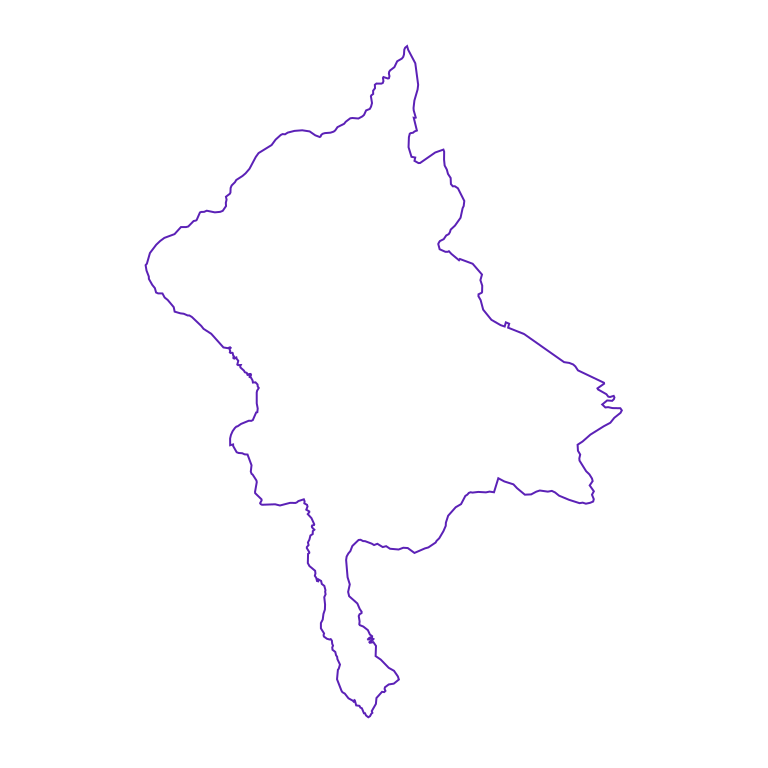 Moreni, Dâmbovita, Romania, rotated 238°
{"feature_id": "2599482B38559209444692", "entity_name": "Moreni", "entity_type": "district", "adm_level": 2, "iso_a3": "ROU", "parent_name": "Romania", "parent_adm1": "Dâmbovita", "projection": "robinson", "projection_center": [25.624, 44.986], "detail": "fine", "context": "isolated", "style": "outline", "palette": "violet", "viewbox_px": 768, "rotation_deg": 238, "n_neighbors": 0, "source": "geoboundaries", "source_scale": "gbopen_adm2", "svg_char_len": 6166}
<svg xmlns="http://www.w3.org/2000/svg" viewBox="0 0 768 768"><g transform="rotate(238 384 384)"><path d="M658.3,582.6L658.0,580.2L656.8,578.4L652.9,575.6L651.2,573.6L650.5,571.6L650.7,566.2L647.2,560.7L646.7,555.3L646.0,553.8L644.6,552.6L642.2,551.8L640.7,550.2L641.0,549.2L644.6,546.2L644.1,545.3L641.1,544.0L639.9,542.4L640.2,540.8L642.8,536.8L642.6,534.8L639.6,533.1L638.5,530.2L635.7,528.5L635.5,526.2L635.0,525.4L628.6,522.7L626.1,520.0L624.8,517.7L625.5,513.8L622.8,509.7L622.4,507.5L622.7,503.0L626.3,498.2L627.2,496.2L626.7,490.6L625.8,488.1L626.5,480.7L624.9,477.0L624.7,475.0L625.5,471.8L628.1,466.8L628.7,464.6L628.5,462.8L627.5,461.4L627.5,460.4L631.3,457.5L637.6,454.8L642.5,449.1L646.1,442.2L648.2,435.6L648.2,432.4L649.7,430.4L649.9,428.4L648.7,421.6L646.2,415.3L646.3,400.0L644.5,395.6L637.8,384.0L636.0,378.2L635.4,374.2L635.3,366.8L634.1,364.5L633.1,360.0L631.5,357.8L627.7,355.2L627.0,354.0L626.6,349.2L623.8,348.2L621.5,345.9L618.6,344.3L616.3,339.0L616.8,336.3L619.2,331.5L624.9,325.5L625.3,322.7L626.8,320.1L627.0,318.8L622.4,312.1L622.3,311.1L623.1,308.9L621.3,301.5L622.0,299.2L624.7,295.0L622.1,285.8L624.3,275.2L623.9,270.0L622.8,264.6L619.1,254.9L611.7,246.7L611.1,244.8L606.0,242.7L599.8,241.5L597.7,240.3L590.9,240.0L586.7,240.5L582.4,239.2L580.6,240.4L578.2,244.1L573.6,243.8L569.9,245.1L560.6,246.4L556.3,244.8L551.8,248.8L549.7,251.4L546.2,253.8L545.2,255.3L542.6,256.6L530.1,259.8L526.4,260.2L518.1,264.1L500.1,267.2L497.2,270.5L496.7,272.9L495.9,273.1L495.4,271.4L493.6,271.1L492.5,270.0L491.6,270.3L491.1,271.7L490.4,272.1L488.4,271.3L486.2,271.4L486.4,270.4L485.6,270.0L484.8,270.6L484.7,272.8L483.7,272.4L480.9,272.7L478.2,269.9L477.3,270.3L476.0,272.6L475.3,271.5L474.1,271.0L469.6,272.3L467.7,272.2L466.2,273.5L464.0,273.1L463.6,273.9L464.0,274.8L463.2,276.2L462.2,276.1L461.8,275.6L462.3,274.4L461.1,273.7L460.1,274.6L456.6,274.4L454.7,273.6L453.5,275.9L450.6,276.5L448.8,275.6L447.0,275.7L445.6,272.9L444.3,271.6L435.0,265.8L430.1,263.9L427.2,261.6L427.6,260.5L422.9,253.6L423.1,251.9L424.5,249.9L425.9,241.6L425.7,237.4L426.1,236.3L425.7,234.2L424.2,230.6L421.9,227.2L419.3,224.6L413.6,221.1L412.7,224.0L411.2,223.2L404.2,222.9L402.5,224.2L400.4,227.1L398.2,228.5L396.5,230.9L385.3,228.6L380.3,224.6L378.0,224.1L376.8,224.6L369.8,224.7L368.2,224.1L360.9,217.5L359.7,216.9L351.1,219.0L350.1,218.5L348.6,215.8L347.4,215.8L346.2,216.6L339.7,227.9L336.1,231.4L333.0,241.3L330.0,246.0L329.8,247.7L330.1,249.3L328.7,254.9L326.6,254.5L325.0,253.2L322.3,254.7L320.6,254.2L318.6,251.5L315.5,253.1L314.9,252.7L314.1,250.4L308.7,251.4L302.0,250.5L301.5,249.9L302.1,248.1L301.6,247.4L300.4,247.0L297.3,247.7L297.0,245.7L294.5,244.0L294.5,241.3L291.6,238.3L289.9,235.5L287.4,234.7L286.6,232.2L285.8,231.6L280.9,231.5L280.3,231.0L280.2,229.6L272.5,224.5L269.1,224.3L262.1,226.6L259.7,225.5L258.0,223.7L255.6,223.8L252.4,222.8L251.6,223.6L253.1,224.8L250.3,226.3L247.4,225.3L244.4,226.4L240.2,225.1L239.0,224.0L236.6,223.0L234.9,220.4L228.1,217.1L224.0,214.3L221.1,210.8L216.7,207.2L214.7,203.8L210.2,201.0L204.2,201.0L203.1,199.7L201.7,199.2L198.2,200.6L196.2,202.4L195.9,203.6L194.0,203.8L191.1,202.4L189.1,202.1L188.0,200.5L185.9,199.5L182.6,200.7L179.4,199.6L177.5,199.7L175.4,198.7L169.4,198.0L166.5,194.7L166.1,193.5L158.5,187.7L146.4,185.4L144.7,185.4L142.2,186.7L136.3,187.3L132.0,189.7L130.4,190.0L130.1,190.6L130.4,191.1L131.2,191.0L131.5,191.4L131.1,191.6L126.2,190.1L124.1,192.6L122.1,192.5L120.7,193.4L115.4,192.5L114.9,193.4L112.4,193.1L109.7,194.1L109.7,196.1L111.1,198.6L111.3,199.9L113.1,200.3L117.0,207.6L121.7,211.2L124.0,219.2L122.6,220.9L123.0,222.6L125.1,222.9L126.3,224.1L126.7,228.8L124.7,233.5L125.5,240.0L128.6,240.8L135.5,240.5L140.8,237.6L152.0,235.2L157.7,232.7L166.1,238.4L170.7,238.2L172.0,234.9L172.8,234.8L173.2,235.7L172.9,238.9L173.3,239.9L174.8,239.0L175.9,234.4L176.5,237.2L175.9,239.9L176.4,240.3L179.0,239.3L183.8,239.9L189.3,237.9L192.3,235.7L193.3,235.7L195.6,237.5L200.6,239.6L201.7,241.3L201.6,243.5L202.6,244.3L206.1,244.2L212.0,245.1L222.5,242.0L226.7,243.4L232.2,248.8L239.4,250.7L254.8,258.6L257.5,260.9L259.2,264.0L260.1,266.9L263.4,271.3L265.2,279.8L264.3,281.6L261.9,283.0L260.7,284.7L255.1,289.0L252.7,290.2L252.0,293.7L246.4,296.5L245.3,299.9L241.1,301.8L235.9,308.7L234.9,313.6L232.3,317.2L224.6,320.3L222.9,331.6L221.9,335.0L222.2,343.8L223.1,345.4L223.9,349.1L227.7,356.4L231.0,361.2L233.6,363.0L238.3,368.6L241.5,379.5L241.3,385.7L246.0,393.7L246.0,396.0L246.7,398.2L246.3,400.1L245.0,401.5L242.5,406.8L238.1,413.0L236.8,416.5L233.9,419.9L243.5,431.0L237.6,434.4L230.3,440.6L225.2,441.6L215.5,444.8L212.4,450.3L212.0,456.1L211.1,459.7L205.9,465.9L204.4,469.7L201.4,471.6L196.5,473.3L187.8,479.5L179.3,486.7L178.1,489.6L175.5,491.8L174.0,495.9L173.5,499.1L175.2,500.9L179.9,501.7L181.8,505.1L189.0,504.7L191.1,509.5L193.6,510.3L198.5,510.3L202.9,509.2L215.4,509.2L217.4,510.2L220.2,513.0L224.6,513.1L229.9,516.0L230.0,521.9L231.7,532.2L231.7,548.0L231.2,555.4L233.3,561.4L234.2,569.3L235.6,571.7L238.2,571.6L242.5,565.0L245.6,561.8L246.8,559.3L251.0,558.2L251.8,564.5L248.8,568.6L249.3,570.9L250.5,572.3L252.2,572.5L253.2,568.8L254.4,567.5L257.5,567.2L266.0,562.6L267.2,562.7L267.6,570.8L268.5,571.2L292.8,555.7L297.5,555.6L300.3,554.8L303.7,552.3L307.1,548.3L352.1,529.3L366.0,519.1L368.8,522.1L371.7,520.0L368.8,516.8L372.1,514.1L381.5,509.1L394.5,507.5L403.9,510.4L408.4,510.6L410.0,511.7L409.6,515.1L410.0,515.9L415.3,519.4L421.0,520.8L424.9,525.1L439.0,522.9L449.8,514.6L449.2,513.2L458.6,510.1L462.2,509.4L462.3,508.2L463.6,506.1L468.8,502.6L474.0,504.2L474.9,505.6L475.6,507.1L475.2,511.4L477.0,515.5L476.8,518.3L477.8,520.3L479.6,522.4L480.7,528.1L484.4,537.0L491.4,543.8L492.7,545.9L496.7,549.1L510.8,550.4L514.1,548.9L515.2,547.1L518.1,546.7L523.4,549.7L528.3,549.6L532.5,550.9L537.1,551.2L542.4,553.8L549.1,558.1L551.3,558.6L553.2,550.1L552.3,531.7L553.1,530.3L557.1,528.1L559.5,530.5L562.1,527.7L571.8,530.3L580.1,535.9L582.6,538.5L582.6,539.6L581.7,541.8L582.0,543.7L581.5,546.2L594.0,550.3L593.4,550.9L593.1,552.1L600.3,554.2L602.4,555.3L608.3,560.0L615.9,568.5L619.6,571.5L639.4,580.5L654.6,581.6L658.3,582.6Z" fill="none" stroke="#5b21b6" stroke-width="2"/></g></svg>